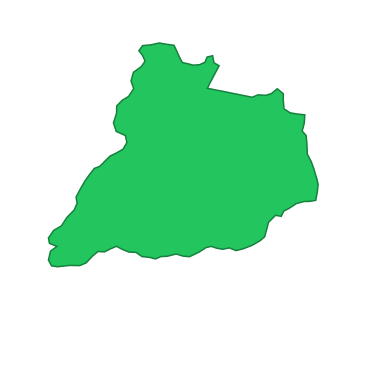 São José da Vitória, Bahia, Brazil, rotated 28°
{"feature_id": "56859067B6740167587731", "entity_name": "São José da Vitória", "entity_type": "district", "adm_level": 2, "iso_a3": "BRA", "parent_name": "Brazil", "parent_adm1": "Bahia", "projection": "robinson", "projection_center": [-39.357, -15.083], "detail": "fine", "context": "isolated", "style": "filled", "palette": "green", "viewbox_px": 384, "rotation_deg": 28, "n_neighbors": 0, "source": "geoboundaries", "source_scale": "gbopen_adm2", "svg_char_len": 1529}
<svg xmlns="http://www.w3.org/2000/svg" viewBox="0 0 384 384"><g transform="rotate(28 192 192)"><path d="M220.2,250.3L226.3,242.0L230.5,234.5L234.5,231.0L239.9,230.1L245.7,228.3L251.3,223.8L258.3,223.1L263.8,218.2L270.3,210.6L275.0,203.0L277.2,197.5L275.7,190.8L273.8,182.9L276.7,173.4L282.2,171.6L282.0,165.8L285.4,160.9L289.5,153.3L295.4,147.8L300.2,145.1L305.2,141.3L302.6,133.1L299.9,126.2L295.9,121.6L291.9,117.6L288.4,114.0L282.9,109.1L276.1,104.5L270.6,95.1L266.2,88.5L260.7,86.5L258.8,78.5L255.4,70.9L248.4,73.7L241.5,76.0L234.2,75.4L229.2,67.6L226.5,62.4L218.8,60.8L215.9,67.8L211.9,71.9L204.7,75.2L200.6,80.1L156.9,93.2L156.7,86.7L156.7,67.8L150.8,67.6L146.2,62.0L142.0,65.7L142.5,71.3L139.0,76.0L133.4,79.5L128.1,80.7L122.8,82.2L117.7,78.9L113.2,75.4L107.3,70.9L99.6,73.7L93.1,75.8L86.7,81.3L79.7,85.9L78.8,92.2L84.3,94.7L89.1,98.4L88.4,105.0L84.1,113.8L86.0,122.5L92.0,128.2L91.1,137.5L87.3,143.8L85.1,151.4L88.4,157.8L90.2,167.9L96.7,174.1L106.6,173.4L111.3,178.9L111.0,186.6L106.5,193.6L102.8,198.7L100.6,205.7L98.5,212.7L94.7,217.0L93.2,225.6L92.3,232.4L92.0,241.4L92.0,250.9L95.9,256.0L96.4,263.1L93.5,273.2L92.6,283.2L87.9,290.8L86.8,300.0L90.3,304.3L98.3,303.4L94.8,310.7L97.2,319.5L102.7,323.2L108.6,321.0L113.1,317.9L118.2,314.4L127.4,309.7L131.8,304.3L134.2,295.5L136.9,288.7L142.8,286.0L146.0,281.4L150.8,275.4L157.2,275.4L164.4,274.7L171.0,271.6L178.2,272.5L186.0,269.4L191.1,268.3L194.8,263.7L200.4,260.3L207.1,254.2L214.2,252.8L220.2,250.3Z" fill="#22c55e" stroke="#15803d" stroke-width="1.5"/></g></svg>